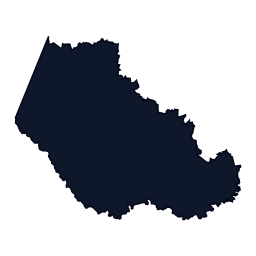 Xhariep, Free State, South Africa
{"feature_id": "47623444B92402502391318", "entity_name": "Xhariep", "entity_type": "district", "adm_level": 2, "iso_a3": "ZAF", "parent_name": "South Africa", "parent_adm1": "Free State", "projection": "equal_earth", "projection_center": [25.946, -29.761], "detail": "fine", "context": "isolated", "style": "filled", "palette": "ink", "viewbox_px": 256, "rotation_deg": 0, "n_neighbors": 0, "source": "geoboundaries", "source_scale": "gbopen_adm2", "svg_char_len": 5899}
<svg xmlns="http://www.w3.org/2000/svg" viewBox="0 0 256 256"><path d="M48.6,36.4L15.4,117.9L15.9,118.5L15.6,122.8L16.0,123.5L17.6,124.9L20.1,131.0L21.9,132.6L22.2,133.5L23.7,133.1L26.6,133.6L27.0,134.4L26.9,135.6L28.5,136.5L30.2,136.5L31.5,139.7L34.7,143.0L37.5,143.0L38.0,141.8L38.9,142.1L39.1,142.8L38.8,146.0L39.6,149.3L43.3,150.9L45.2,150.6L48.4,151.6L49.5,153.9L48.8,155.0L48.7,156.7L49.9,158.3L50.2,159.7L51.7,161.0L51.7,163.2L54.1,164.8L54.9,168.6L55.9,169.7L56.3,171.9L57.1,172.2L58.1,171.3L58.8,173.0L60.3,173.8L60.4,175.0L59.7,176.3L61.0,177.9L61.9,178.4L62.7,180.1L63.9,180.4L65.4,179.4L66.2,179.7L67.1,182.6L66.8,184.6L66.3,185.4L66.5,187.2L68.4,186.6L70.7,188.1L72.0,191.7L72.9,192.8L74.0,193.2L75.3,195.0L75.5,195.7L74.9,196.0L74.9,196.6L77.2,199.0L77.6,200.5L79.1,201.1L81.0,200.6L81.6,201.9L82.4,202.5L84.2,204.9L84.6,206.4L86.1,208.1L87.5,207.7L88.2,206.2L89.4,206.9L90.4,206.3L91.2,206.4L93.0,207.8L94.4,208.2L94.6,209.1L97.0,211.3L98.0,212.6L98.1,213.6L98.5,213.8L102.3,211.7L105.1,211.9L107.0,209.5L107.5,209.4L109.6,212.8L108.5,215.1L108.6,215.8L109.5,216.1L110.8,216.0L113.3,214.3L114.0,215.0L113.6,216.8L114.6,217.8L116.3,218.4L118.7,218.4L119.7,219.0L120.7,218.4L121.0,215.2L121.9,214.0L125.8,213.7L126.8,211.6L129.1,211.4L129.1,210.1L127.7,206.7L128.7,204.9L129.4,204.6L130.0,204.8L131.5,206.9L131.7,207.6L131.4,208.6L132.0,208.9L132.8,208.4L132.9,206.2L133.8,205.2L135.4,204.3L139.2,203.7L140.9,202.8L142.2,202.9L144.2,202.2L145.0,202.7L145.7,204.1L147.5,204.5L148.0,204.1L148.0,202.3L147.6,201.6L146.7,201.3L146.6,200.6L147.7,199.2L149.0,199.0L151.3,201.0L151.3,203.3L151.5,203.7L153.1,203.7L156.3,204.8L156.5,207.1L157.6,208.2L157.3,209.0L157.6,209.4L158.4,209.6L160.3,208.7L163.2,209.9L164.3,208.6L165.6,208.6L166.5,207.6L167.7,207.1L170.0,207.4L172.9,209.8L172.3,212.5L172.5,213.3L174.0,213.5L177.9,216.6L179.2,216.9L183.2,216.4L183.7,217.5L182.8,218.5L182.9,219.3L183.2,219.6L184.9,219.2L186.5,217.0L187.3,218.8L188.6,218.9L190.2,216.9L192.1,216.8L193.9,215.1L196.1,214.2L196.7,214.5L198.5,217.2L198.9,218.4L200.3,218.6L201.3,218.0L201.5,216.2L202.0,216.2L203.2,217.1L205.5,216.7L206.6,216.1L206.6,215.6L205.2,212.8L206.5,211.1L210.4,209.9L211.4,211.0L212.8,210.4L213.5,209.2L213.4,208.6L212.3,208.3L211.7,206.6L210.5,205.9L210.2,205.4L210.7,204.3L212.3,204.0L213.5,204.2L216.6,203.4L216.9,203.6L216.8,204.4L217.1,205.3L218.1,206.3L219.3,204.6L220.5,203.8L219.7,202.1L220.0,201.6L222.8,201.8L224.1,203.0L225.5,201.3L226.0,199.3L226.5,199.9L226.5,201.4L227.2,201.5L227.5,199.1L228.0,198.7L228.4,198.8L228.8,200.9L229.9,201.2L231.2,200.9L232.2,201.8L232.5,200.8L232.3,200.1L234.5,199.0L233.5,197.6L232.1,196.9L231.9,196.2L232.5,195.1L233.2,194.9L235.3,195.8L237.5,194.5L236.9,193.3L235.4,193.9L234.2,193.1L234.2,192.6L235.0,192.0L235.3,190.7L237.3,191.1L238.1,191.7L238.5,191.0L240.0,190.1L240.0,188.9L239.5,187.9L239.6,187.0L238.6,186.8L238.2,188.3L237.7,188.3L237.1,186.4L237.3,184.8L236.4,184.6L236.1,184.1L237.1,183.4L238.2,183.7L238.7,183.0L239.0,183.4L239.2,182.9L238.8,182.0L239.5,182.0L239.3,181.4L238.6,181.5L238.4,181.1L239.0,180.4L238.7,180.0L239.1,179.4L238.6,179.3L238.4,178.5L237.9,179.2L237.4,178.5L237.7,177.8L237.3,177.1L237.7,176.0L237.4,174.9L237.7,173.9L237.3,173.0L238.0,171.6L237.6,170.4L238.9,170.6L238.9,169.6L238.5,169.1L239.1,169.1L239.3,168.0L240.6,166.9L240.6,166.6L240.2,166.3L240.4,165.8L240.1,165.3L239.2,165.7L234.5,166.2L232.3,157.2L231.9,156.6L230.3,155.9L230.1,154.9L230.4,154.2L229.2,154.2L227.8,152.5L226.7,152.7L227.0,152.2L226.5,150.0L224.7,151.5L222.6,151.9L221.7,154.2L220.1,152.6L217.3,154.3L219.5,155.3L217.1,156.9L215.4,159.1L215.4,159.8L212.2,159.6L210.5,158.5L209.9,162.6L206.6,162.3L197.0,154.6L197.3,153.9L200.4,154.0L201.1,152.7L201.1,152.0L200.0,152.3L199.9,151.9L200.7,151.3L201.0,150.6L199.3,149.9L197.6,148.2L196.0,150.1L195.9,149.9L196.2,149.3L196.4,147.6L197.2,146.3L196.8,145.2L195.6,143.8L196.2,143.3L196.3,142.4L195.5,141.5L196.0,140.8L194.7,140.1L193.3,140.4L191.0,136.2L192.7,132.6L193.7,127.5L194.5,126.1L192.6,124.0L192.2,122.2L191.4,122.4L191.4,123.0L190.7,122.8L189.7,123.3L189.3,120.7L189.0,121.3L187.3,122.4L185.7,124.9L185.5,123.8L184.5,124.1L184.0,123.6L183.9,122.3L182.7,122.4L183.7,118.0L185.3,116.4L185.7,115.4L185.3,114.7L183.2,115.8L178.5,117.1L178.1,118.0L177.2,117.2L177.9,116.5L177.0,115.4L177.6,115.1L177.8,113.0L177.5,112.6L178.0,110.2L177.7,109.6L175.7,109.7L174.7,109.3L173.9,111.6L173.3,112.1L172.8,110.6L172.1,110.6L172.0,110.0L170.5,110.9L168.0,109.7L166.6,111.0L165.7,114.1L158.1,112.2L157.9,106.4L157.1,106.6L158.0,105.1L155.9,103.9L156.2,103.5L155.0,102.8L155.5,102.0L153.6,100.6L149.1,99.4L147.6,98.3L147.1,100.4L146.7,100.0L145.0,100.2L145.0,99.7L143.8,99.1L144.0,100.5L142.8,100.6L141.5,96.9L140.1,96.4L140.1,97.2L139.7,97.2L139.5,94.4L135.6,92.9L135.0,91.8L134.6,91.9L134.1,89.4L137.0,88.7L138.8,86.8L137.9,84.0L137.4,83.9L136.5,80.3L134.6,82.2L130.8,83.5L130.1,78.4L127.0,78.2L126.8,79.0L125.4,76.3L122.9,79.0L121.7,78.7L122.4,76.3L121.0,75.5L118.0,75.6L118.2,72.0L117.9,71.9L118.2,70.8L120.2,70.0L117.5,67.3L119.0,66.6L119.6,64.9L117.5,64.6L117.4,63.4L117.9,61.3L117.3,61.0L119.4,55.9L116.4,54.0L118.4,51.2L117.7,49.5L118.1,43.9L116.7,44.4L115.8,44.1L115.3,44.4L115.3,44.1L114.6,44.1L113.5,43.1L112.9,43.6L112.2,42.5L112.0,42.8L111.2,42.3L110.6,42.7L110.2,42.1L109.7,42.3L109.2,43.2L108.6,41.9L107.6,41.6L107.1,40.6L106.7,41.8L105.5,41.0L105.1,41.6L104.6,41.4L104.1,41.8L103.6,40.8L103.1,40.7L103.0,39.4L102.3,38.8L101.3,39.2L101.0,40.5L99.1,41.9L98.4,41.7L96.5,43.5L94.1,43.2L94.0,44.6L93.3,45.2L91.1,44.9L90.5,44.2L89.8,44.3L89.2,43.5L88.0,43.0L86.9,43.4L86.2,42.8L85.4,43.7L84.9,42.9L84.1,43.7L83.2,42.8L82.7,43.8L81.1,44.3L79.7,43.0L78.2,44.2L78.5,45.7L77.5,47.2L76.6,47.1L75.5,48.3L74.2,47.8L72.9,49.7L71.7,50.0L69.7,44.1L63.7,44.3L62.7,43.8L62.0,47.9L61.4,48.3L60.2,47.9L53.6,43.0L49.3,44.8L48.3,39.0L48.6,36.4Z" fill="#0f172a" stroke="#020617" stroke-width="1.5"/></svg>